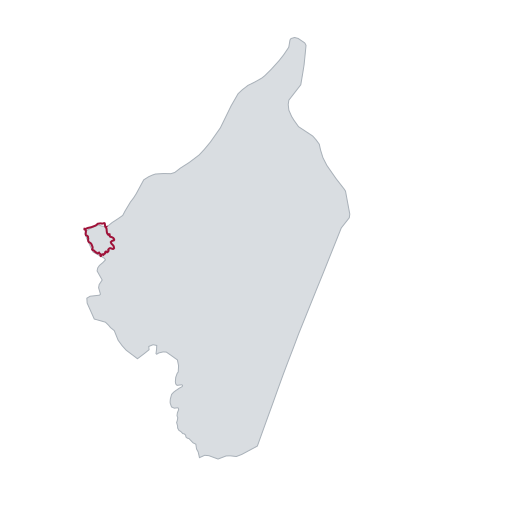 Afrin, Aleppo, Syria shown in context, rotated 323°
{"feature_id": "27442178B88911382861768", "entity_name": "Afrin", "entity_type": "district", "adm_level": 2, "iso_a3": "SYR", "parent_name": "Syria", "parent_adm1": "Aleppo", "projection": "robinson", "projection_center": [36.751, 36.572], "detail": "medium", "context": "in_parent", "style": "outline", "palette": "rose", "viewbox_px": 512, "rotation_deg": 323, "n_neighbors": 0, "source": "geoboundaries", "source_scale": "gbopen_adm2", "svg_char_len": 3933}
<svg xmlns="http://www.w3.org/2000/svg" viewBox="0 0 512 512"><g transform="rotate(323 256 256)"><path d="M95.5,187.9L99.3,188.3L107.4,193.1L108.8,192.9L111.2,186.6L113.6,184.4L118.7,182.6L120.1,172.3L122.4,170.3L125.3,169.3L129.6,169.1L133.4,168.5L133.6,166.7L128.3,154.8L128.8,151.8L131.4,139.9L133.0,135.2L134.5,133.7L140.5,134.3L148.9,136.4L151.1,139.8L155.2,142.9L161.3,142.7L168.4,143.2L174.0,143.4L178.4,141.3L188.3,137.3L193.3,135.9L197.8,134.2L212.2,127.6L218.0,128.1L221.9,129.0L225.0,130.0L231.8,134.5L237.5,139.0L241.4,140.4L248.5,140.3L258.8,141.1L271.3,141.1L278.7,139.8L288.0,137.6L304.7,132.2L326.5,121.1L339.4,115.6L345.0,115.0L352.2,114.9L359.5,116.3L367.7,117.4L371.5,117.3L380.4,116.1L391.9,113.9L399.1,112.0L407.8,109.0L413.2,103.9L414.9,103.4L417.2,104.3L418.3,104.7L420.6,107.6L423.1,115.0L423.1,115.8L422.7,117.9L417.1,124.0L409.5,132.2L404.0,137.5L394.8,146.2L387.8,148.1L376.0,151.3L372.9,154.4L370.0,159.3L368.4,166.1L368.0,170.4L367.8,178.3L370.7,186.5L373.5,194.4L373.9,199.6L373.8,204.8L371.3,210.3L368.6,217.8L367.1,226.3L366.5,242.3L366.7,255.9L366.5,258.1L361.7,267.7L356.1,279.0L353.5,281.6L341.0,284.9L327.3,293.2L312.1,302.4L298.2,310.8L283.6,319.5L268.5,328.6L257.7,335.1L243.2,343.8L230.0,352.2L216.5,360.6L206.4,367.0L190.9,377.1L181.8,383.1L168.4,391.8L156.6,399.5L142.7,408.6L125.2,405.9L119.6,404.3L115.1,400.0L111.8,397.7L103.5,395.3L98.2,387.1L95.1,384.3L89.5,383.0L91.9,377.7L92.4,374.3L94.7,370.1L93.3,367.3L92.6,361.5L91.5,360.1L91.1,358.5L92.0,356.6L91.6,354.7L90.7,353.9L90.3,351.0L89.5,348.8L89.9,346.2L91.1,344.5L92.4,341.2L93.9,340.2L96.2,338.1L96.8,336.0L98.9,333.9L101.7,332.2L102.4,330.8L102.0,330.0L99.2,328.4L97.7,325.7L99.0,321.7L99.9,320.5L101.6,318.6L105.4,315.7L108.3,315.2L110.9,315.2L115.2,315.4L118.5,315.9L119.4,315.2L119.3,314.2L115.1,311.8L114.9,309.9L115.9,307.9L118.9,304.6L122.4,302.3L124.1,301.8L128.1,297.1L130.7,291.7L126.6,278.8L124.1,276.7L120.0,274.9L117.6,274.7L117.4,273.8L120.6,270.5L122.9,267.7L120.4,264.9L115.9,263.7L114.2,266.5L108.5,266.7L99.5,266.7L95.6,253.0L95.1,247.1L95.2,240.3L97.9,230.3L96.7,225.6L96.6,222.5L95.9,218.2L88.9,209.0L92.8,192.0L95.5,187.9Z" fill="#d9dde1" stroke="#a8b0b8" stroke-width="1"/><path d="M147.4,164.3L148.0,163.1L148.3,162.0L148.2,160.7L148.0,159.4L148.1,158.2L148.4,157.5L150.0,157.3L150.8,157.5L151.8,158.0L152.4,157.8L152.8,157.2L152.9,155.7L152.1,154.0L151.2,153.0L151.1,152.3L151.6,151.5L152.1,150.5L151.6,150.0L150.8,150.1L150.7,149.5L150.9,147.9L151.8,146.2L152.6,145.0L153.2,143.9L153.2,143.3L153.3,142.7L153.6,142.6L153.4,142.5L153.2,142.4L153.2,142.1L153.5,141.3L154.7,139.2L154.8,138.7L154.7,138.5L154.4,138.3L152.8,137.7L152.3,137.3L151.8,136.6L151.2,136.2L149.0,135.0L146.9,135.2L145.7,135.0L141.9,133.9L138.6,132.4L135.9,131.7L135.4,131.0L135.1,131.2L135.0,131.6L135.5,132.5L135.5,132.8L135.5,133.2L135.1,133.8L133.9,135.2L133.2,135.9L132.9,136.4L132.7,137.1L132.8,137.4L133.3,138.2L133.5,139.2L133.4,139.6L132.9,140.2L132.5,141.2L132.0,141.6L131.9,141.7L131.1,143.0L130.9,143.9L130.9,144.2L131.6,146.0L131.7,146.6L131.7,147.4L131.5,148.4L131.3,148.8L131.1,149.9L130.7,150.8L130.2,151.4L129.1,152.1L129.1,152.4L129.3,152.7L129.2,153.0L129.9,154.2L129.9,155.5L130.2,155.7L130.3,155.9L130.3,156.8L130.8,157.6L130.8,158.1L131.0,158.4L131.2,158.7L131.5,158.8L131.9,158.8L132.3,158.8L132.7,158.8L132.7,159.0L132.5,159.8L132.8,160.5L132.9,160.8L132.9,161.1L132.1,161.9L131.9,162.4L131.9,162.6L132.1,162.7L132.6,162.7L133.5,162.2L134.1,162.2L134.5,162.3L134.9,162.6L135.0,162.8L135.0,163.2L135.6,163.1L135.9,163.0L136.3,163.1L136.5,163.1L137.0,163.1L137.4,163.0L137.6,162.9L137.9,162.8L138.1,162.7L137.8,162.3L137.8,162.2L138.2,162.1L138.6,162.1L138.9,162.1L139.1,162.3L139.3,162.7L139.4,162.9L139.5,163.2L139.6,163.5L140.4,163.5L141.4,163.1L141.6,162.2L142.4,161.8L143.4,161.7L144.0,161.8L144.5,162.2L145.1,163.1L145.7,164.0L146.4,164.5L147.4,164.3Z" fill="none" stroke="#9f1239" stroke-width="2"/></g></svg>